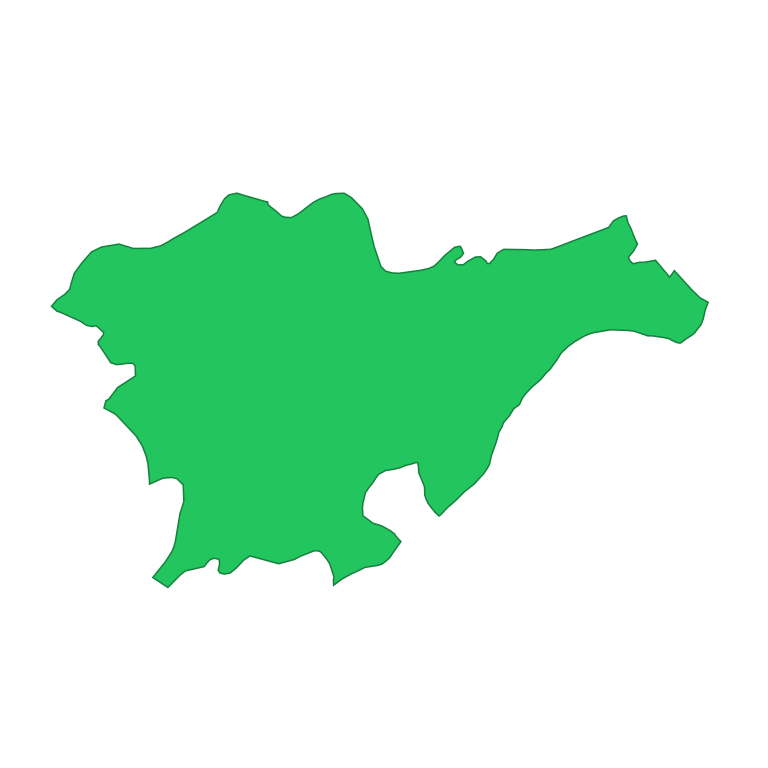 Disuq, Kafr ash Shaykh, Egypt, rotated 267°
{"feature_id": "37247803B5020556280365", "entity_name": "Disuq", "entity_type": "district", "adm_level": 2, "iso_a3": "EGY", "parent_name": "Egypt", "parent_adm1": "Kafr ash Shaykh", "projection": "robinson", "projection_center": [30.711, 31.149], "detail": "fine", "context": "isolated", "style": "filled", "palette": "green", "viewbox_px": 768, "rotation_deg": 267, "n_neighbors": 0, "source": "geoboundaries", "source_scale": "gbopen_adm2", "svg_char_len": 4126}
<svg xmlns="http://www.w3.org/2000/svg" viewBox="0 0 768 768"><g transform="rotate(267 384 384)"><path d="M539.3,634.7L539.2,632.0L538.5,629.8L537.8,627.6L537.1,626.1L535.0,621.7L528.6,616.5L516.5,578.7L513.2,568.6L509.8,557.9L509.8,550.6L509.9,540.4L510.7,533.1L511.5,521.4L512.2,510.5L511.1,508.4L508.7,503.9L503.1,500.2L498.8,495.7L498.8,493.6L501.7,492.1L506.0,487.1L506.0,482.0L502.5,474.6L499.0,469.5L499.0,465.2L499.0,464.4L501.9,460.7L504.0,462.2L506.8,467.4L510.4,470.3L516.1,468.2L516.9,467.7L517.6,467.3L517.0,462.8L516.8,461.6L509.1,451.3L503.4,445.4L499.2,440.3L498.1,437.6L497.1,435.1L495.7,427.1L494.1,408.4L493.8,404.4L494.5,397.9L496.7,391.3L501.7,387.0L511.3,384.3L521.6,381.4L533.0,379.3L549.4,376.6L558.2,372.5L560.1,371.6L571.6,361.5L575.4,356.0L576.6,354.2L576.7,345.5L576.0,341.1L574.6,337.4L571.8,328.6L571.5,328.0L569.0,322.8L565.5,317.6L561.9,312.5L558.4,307.3L555.0,300.2L555.7,294.1L557.1,290.5L562.8,284.7L567.1,279.7L569.3,277.5L572.1,277.2L572.1,276.1L579.4,255.0L582.3,247.0L580.9,238.9L577.4,234.5L571.0,230.1L563.9,226.3L563.6,225.7L552.7,205.5L545.7,192.5L544.7,190.5L540.8,182.3L537.2,175.7L533.7,168.3L531.7,158.1L532.5,140.6L533.7,137.4L537.6,126.7L535.6,109.2L531.3,98.9L530.6,98.2L520.7,88.6L510.8,80.5L502.3,77.4L496.0,75.4L495.2,75.2L490.3,70.0L485.3,61.9L479.0,56.0L478.1,56.8L473.9,61.1L472.5,64.7L462.4,84.3L458.1,90.1L456.6,95.9L457.3,99.6L450.1,106.8L447.3,106.0L441.6,100.9L438.1,100.8L436.6,102.3L419.5,112.3L417.3,118.1L418.0,128.4L417.9,134.2L415.1,136.4L410.2,136.3L405.1,136.3L394.5,117.9L383.2,108.3L381.8,105.4L374.7,103.1L370.4,110.3L367.5,114.7L355.5,124.9L345.3,133.5L344.1,134.2L335.3,139.2L324.6,142.7L316.8,144.1L301.8,144.7L299.9,144.7L296.3,144.6L296.8,146.1L298.3,149.8L301.1,157.1L301.7,160.8L301.7,167.3L300.3,172.2L293.8,178.2L277.4,178.0L270.5,175.5L265.4,173.5L255.4,171.3L237.6,167.4L231.2,165.2L227.0,162.9L217.8,156.3L202.9,143.0L195.8,152.5L192.1,157.5L204.2,170.8L207.7,175.9L211.1,194.9L214.7,197.9L217.5,200.8L218.9,205.2L217.5,210.3L212.5,210.3L206.8,208.7L203.9,210.2L202.5,214.5L203.2,220.4L208.1,227.0L215.2,234.4L218.2,239.2L219.4,241.0L216.2,250.6L210.0,269.4L213.5,285.5L216.3,291.3L221.2,306.0L220.5,310.6L219.0,312.6L211.1,318.3L206.9,320.5L194.0,324.0L191.2,323.2L187.6,323.2L185.7,323.2L190.4,330.3L191.7,332.4L195.9,341.0L196.0,341.2L196.1,341.4L197.0,343.9L198.1,346.6L199.3,349.7L201.9,355.5L202.2,358.7L202.9,365.6L203.1,367.2L203.2,368.3L204.2,372.4L206.9,376.5L210.2,380.6L212.9,382.6L215.3,384.4L225.7,392.6L231.4,387.9L234.2,386.4L235.0,385.0L235.7,384.3L237.1,382.8L239.3,379.2L242.1,374.8L243.6,371.2L245.7,365.4L249.7,360.7L253.6,356.0L257.2,356.0L261.4,356.0L266.4,356.8L276.4,359.8L281.3,363.5L286.3,368.0L290.5,370.9L294.1,373.9L295.0,375.8L297.6,381.2L298.2,388.5L299.6,395.8L301.7,401.7L302.4,406.1L303.8,411.5L303.8,413.4L299.5,414.1L293.8,414.0L289.5,415.5L279.6,419.0L276.0,419.0L271.0,418.9L266.0,420.3L262.5,421.8L258.2,424.6L255.3,426.8L253.2,428.2L251.8,429.7L249.3,431.9L250.3,433.6L257.8,441.5L260.2,444.8L265.0,450.8L271.8,458.2L279.5,468.9L289.4,479.0L293.6,482.2L297.9,485.0L303.2,486.5L307.1,487.6L316.0,491.3L316.8,491.7L322.5,493.9L327.2,495.4L329.6,496.1L335.4,499.8L336.3,500.1L339.4,501.5L345.7,507.6L348.5,509.5L352.5,512.3L352.7,512.5L352.8,512.7L354.2,514.8L355.3,516.8L356.4,518.0L356.9,518.5L362.9,521.6L366.9,525.0L373.1,531.4L376.0,535.2L380.2,540.6L386.6,546.6L390.1,550.7L394.8,554.5L396.8,556.1L399.2,558.1L405.4,562.3L412.0,570.0L416.6,577.2L421.6,587.0L422.3,589.0L423.5,592.5L424.3,596.1L424.9,601.2L426.3,613.1L425.4,623.0L424.7,630.2L423.8,636.1L421.7,641.5L420.1,645.4L418.3,649.9L418.0,654.6L416.6,661.6L416.1,664.2L414.4,671.0L412.6,673.8L410.1,678.4L409.3,682.0L410.1,683.3L413.5,688.5L416.7,694.1L418.7,696.8L423.0,700.4L426.6,703.7L432.1,706.1L441.7,708.9L448.6,712.0L453.7,703.9L453.8,703.8L458.6,699.4L462.4,695.9L482.0,679.9L475.7,674.9L493.4,661.6L492.8,657.4L492.5,655.1L492.2,652.3L491.9,649.7L492.2,645.9L491.1,638.8L494.6,635.8L497.8,634.7L503.7,640.2L510.6,644.5L517.0,641.8L526.1,638.8L532.3,636.1L539.3,634.7Z" fill="#22c55e" stroke="#15803d" stroke-width="1.5"/></g></svg>